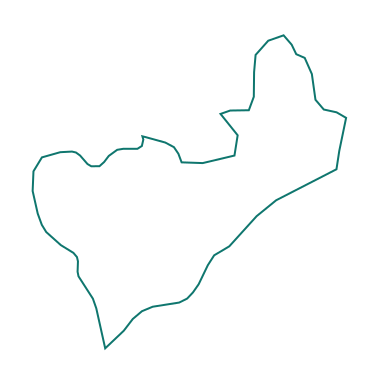 map outline of Cova Lima (Natural Earth projection), rotated 356°
{"feature_id": "TLS-548", "entity_name": "Cova Lima", "entity_type": "District", "adm_level": 1, "iso_a3": "TLS", "parent_name": "East Timor", "parent_adm1": "", "projection": "natural_earth1", "projection_center": [125.199, -9.26], "detail": "fine", "context": "isolated", "style": "outline", "palette": "teal", "viewbox_px": 384, "rotation_deg": 356, "n_neighbors": 0, "source": "natural_earth", "source_scale": "10m", "svg_char_len": 988}
<svg xmlns="http://www.w3.org/2000/svg" viewBox="0 0 384 384"><g transform="rotate(356 192 192)"><path d="M140.6,145.1L145.2,142.6L147.1,136.3L146.4,133.0L149.5,134.0L168.8,140.8L177.1,146.0L181.1,152.9L183.7,161.7L204.7,163.9L236.9,158.6L241.5,138.6L225.9,116.1L235.8,113.4L254.4,114.4L260.3,101.3L262.3,76.8L265.0,59.7L278.6,46.4L293.6,42.3L294.3,42.1L301.7,52.0L305.6,61.8L313.8,66.1L319.8,82.7L321.6,108.6L329.2,118.9L341.8,122.6L350.9,128.8L341.8,161.2L337.7,179.4L275.4,206.1L254.8,220.6L225.4,248.8L209.7,256.7L202.7,266.1L192.2,284.5L185.9,292.3L179.7,298.0L171.5,301.4L144.8,303.7L133.8,307.4L124.1,314.5L114.3,325.6L94.5,341.9L88.4,301.4L85.7,291.5L72.9,268.2L72.3,263.6L73.4,253.2L72.7,248.9L69.5,244.5L57.4,235.8L43.8,221.8L39.9,214.3L36.6,202.8L33.1,179.9L35.3,160.3L44.7,147.0L63.4,143.1L75.1,143.3L79.0,144.5L82.9,147.8L89.7,156.8L93.3,159.3L101.5,159.8L106.4,156.0L111.5,150.2L120.3,144.7L126.6,144.1L140.6,145.1Z" fill="none" stroke="#0f766e" stroke-width="2"/></g></svg>